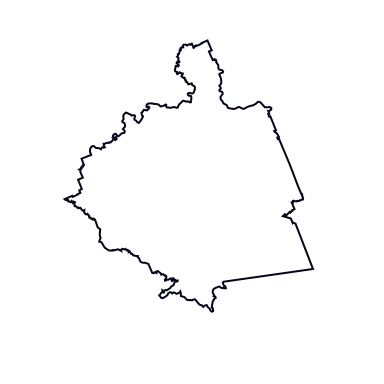 Wingecarribee, New South Wales, Australia, rotated 58°
{"feature_id": "25037944B71438306812596", "entity_name": "Wingecarribee", "entity_type": "district", "adm_level": 2, "iso_a3": "AUS", "parent_name": "Australia", "parent_adm1": "New South Wales", "projection": "mercator", "projection_center": [150.329, -34.491], "detail": "fine", "context": "isolated", "style": "outline", "palette": "ink", "viewbox_px": 384, "rotation_deg": 58, "n_neighbors": 0, "source": "geoboundaries", "source_scale": "gbopen_adm2", "svg_char_len": 6032}
<svg xmlns="http://www.w3.org/2000/svg" viewBox="0 0 384 384"><g transform="rotate(58 192 192)"><path d="M184.9,297.0L186.6,295.4L192.9,295.5L197.5,293.5L198.3,292.5L198.4,291.7L199.5,291.0L199.2,289.8L200.3,289.0L200.3,287.9L200.7,287.6L201.2,285.4L202.0,285.0L202.5,284.2L204.4,283.2L203.5,282.9L203.2,281.4L205.0,279.4L204.9,278.7L206.0,278.5L206.3,278.0L207.4,278.0L207.2,277.3L208.8,276.4L209.6,277.3L209.8,276.5L211.1,276.2L212.1,276.5L212.9,275.4L214.3,275.5L215.2,274.9L217.8,271.8L218.5,272.5L220.8,272.0L221.7,272.4L224.1,272.6L226.0,271.1L227.0,269.4L229.9,267.1L239.5,268.6L240.6,267.5L240.2,266.7L240.3,266.0L241.9,265.1L240.6,264.1L240.9,262.9L244.6,261.6L245.8,261.9L246.3,260.1L248.9,259.4L248.8,258.6L250.3,258.6L251.5,259.8L251.9,261.4L252.9,261.8L253.2,261.1L252.8,260.3L253.8,258.7L253.8,256.6L255.4,253.4L256.1,253.5L256.0,256.0L257.7,256.3L257.0,255.9L257.0,254.0L257.7,252.7L259.7,252.0L259.6,251.2L259.9,251.3L259.9,252.4L259.0,253.4L259.6,255.0L261.1,256.8L261.3,258.1L261.1,259.6L261.9,261.3L262.0,264.8L262.0,265.5L261.1,266.5L260.7,268.7L259.7,269.2L260.5,269.5L262.9,268.6L261.2,270.5L261.2,271.7L262.2,273.5L262.3,274.6L265.6,274.1L266.4,273.3L266.7,270.5L266.5,267.6L265.4,266.1L265.3,263.7L266.5,262.6L267.5,262.6L267.5,260.5L270.1,259.2L270.6,257.0L270.5,255.3L270.1,254.6L271.2,254.8L274.5,256.5L277.0,254.2L281.1,253.3L281.6,252.1L282.5,251.5L282.8,250.3L283.9,249.5L284.0,247.4L284.7,246.3L291.6,245.3L293.3,243.7L295.3,243.4L295.1,241.2L295.7,239.5L297.8,239.6L300.1,238.9L302.6,239.1L304.0,238.6L304.2,237.2L302.5,236.3L300.6,235.9L300.5,236.3L300.0,236.1L295.8,232.4L295.5,231.3L294.5,230.4L294.6,229.9L294.1,229.2L294.4,228.1L293.6,227.7L291.8,228.1L291.6,228.6L291.2,228.1L287.7,227.5L286.7,226.6L285.9,225.4L285.7,224.0L286.3,219.8L287.0,218.6L288.2,218.4L288.9,217.8L291.4,214.8L291.5,214.2L289.5,213.8L289.3,214.8L285.2,214.0L284.8,212.8L321.4,130.2L273.7,121.0L271.1,122.7L271.3,123.0L266.9,122.2L260.6,127.7L260.0,125.0L261.8,124.6L260.7,119.8L261.6,119.6L261.2,117.7L261.3,117.3L260.5,117.2L260.9,114.2L253.9,113.0L254.4,112.0L253.4,111.9L253.1,111.2L253.1,110.6L255.2,108.7L255.2,107.5L256.0,106.9L256.3,106.0L256.1,105.0L256.7,104.2L256.6,103.3L257.1,101.9L256.1,101.5L256.0,101.0L253.0,100.5L253.0,100.1L251.9,99.9L251.8,100.3L243.2,99.0L220.9,94.6L192.8,90.0L192.6,91.1L191.0,90.8L191.3,89.1L187.5,88.9L185.3,89.9L183.9,90.0L184.2,88.1L169.4,85.5L169.2,86.6L166.3,86.1L166.6,85.0L164.0,84.5L164.4,84.2L164.1,83.5L164.2,82.1L163.8,81.8L163.8,80.9L162.7,80.2L160.9,81.2L160.2,83.1L158.7,85.3L152.4,86.4L151.0,87.4L150.5,88.5L151.0,91.1L150.9,94.0L149.3,99.1L149.0,103.7L148.6,104.6L145.0,106.9L144.5,107.8L144.3,111.0L143.5,112.9L140.2,116.6L139.7,116.9L136.6,116.6L133.5,118.4L131.3,118.1L129.0,118.5L127.6,118.1L126.5,117.5L125.2,114.2L124.1,113.4L123.1,113.4L121.2,115.0L120.4,115.1L119.9,114.6L119.5,112.7L118.9,112.4L116.4,112.5L115.8,110.5L115.0,109.4L113.3,108.3L110.6,107.2L106.6,106.5L106.5,104.5L107.0,102.6L106.4,101.8L104.8,101.8L103.1,103.6L102.2,104.1L101.1,104.1L98.4,102.5L94.8,102.7L94.1,102.0L92.3,101.8L92.1,103.0L91.2,102.8L91.0,104.5L81.8,103.2L82.3,100.2L71.7,98.6L70.8,104.8L71.2,104.8L70.9,108.5L70.5,111.1L69.8,111.0L69.7,112.5L70.7,113.7L70.6,114.3L66.1,113.6L66.2,115.3L65.7,115.3L65.3,116.2L64.9,117.9L65.2,118.6L63.5,119.5L62.6,121.2L63.2,122.4L64.7,122.8L63.9,124.3L64.0,125.6L64.9,125.6L65.1,127.1L65.9,126.8L65.9,127.6L68.0,129.9L67.6,130.9L68.9,131.6L69.3,133.0L71.0,132.4L73.1,133.8L75.0,133.7L75.1,134.2L73.9,135.3L74.0,136.3L74.8,136.8L76.9,136.0L77.8,136.2L78.1,137.3L76.5,139.0L79.7,142.0L80.7,142.3L82.1,141.2L83.3,142.0L84.2,142.0L84.4,141.2L83.8,139.2L85.8,138.0L86.6,137.0L87.5,137.8L87.4,138.7L88.5,139.7L91.0,138.6L91.0,137.9L91.3,137.7L93.2,138.5L94.2,137.9L95.2,138.8L96.5,137.8L98.5,138.1L99.0,137.7L99.7,134.7L101.2,135.1L103.9,133.9L104.9,134.1L106.3,135.1L108.7,138.0L108.6,139.5L106.3,142.1L106.3,143.2L106.6,143.7L107.4,144.0L108.5,143.8L109.6,142.3L110.2,142.0L111.8,142.6L115.3,145.4L115.0,146.2L113.4,147.0L112.3,148.9L109.8,151.2L111.0,156.8L112.8,159.4L112.5,160.3L110.2,162.5L109.4,165.3L107.0,168.5L105.8,168.6L104.5,167.7L103.8,168.0L103.9,170.3L102.8,173.3L100.1,174.0L97.9,176.3L97.0,177.9L95.9,178.6L94.0,181.6L93.8,183.9L94.4,184.7L96.0,185.5L96.6,183.6L97.3,183.4L98.0,183.6L98.4,184.5L98.9,187.0L96.8,189.4L97.9,191.6L98.0,192.9L100.5,193.8L101.5,193.4L102.1,193.7L104.0,196.9L105.3,200.4L103.8,201.4L101.6,201.7L100.1,202.5L99.3,202.1L97.5,200.0L96.7,200.1L96.0,200.6L95.1,202.8L94.0,203.0L89.9,205.6L89.6,206.3L90.2,208.8L91.0,210.0L93.9,211.3L94.9,213.5L95.6,213.9L98.1,212.8L98.9,213.0L101.0,214.0L102.0,217.3L104.2,216.7L105.3,217.1L105.8,217.7L105.9,218.6L105.1,220.2L105.1,221.1L105.6,223.4L105.6,225.2L104.3,225.8L102.5,225.8L102.0,226.1L101.8,226.9L102.0,228.6L103.6,230.3L105.0,228.8L105.0,227.7L106.8,227.6L107.1,227.9L107.3,229.6L105.4,230.7L106.4,232.7L106.8,235.1L106.1,235.6L106.1,236.9L105.2,238.0L104.9,240.2L104.3,241.4L106.8,242.4L107.9,242.3L107.6,243.4L106.6,244.3L106.7,245.2L107.5,246.6L105.6,247.6L103.7,250.2L101.2,250.8L100.3,252.2L100.6,254.0L101.5,255.5L103.7,257.2L107.1,257.8L105.2,268.0L111.8,269.3L111.5,270.8L112.7,271.0L112.4,273.0L113.6,273.2L113.2,275.7L114.4,275.1L115.9,276.1L122.0,277.0L121.2,282.1L131.0,283.8L130.9,286.7L133.6,287.2L133.2,290.1L133.6,290.2L133.4,291.7L133.9,292.1L133.5,292.0L132.9,295.7L131.8,295.5L130.5,303.8L131.8,303.4L133.1,301.3L134.3,302.0L135.2,300.8L136.1,300.6L136.4,299.5L136.1,299.1L137.8,299.0L137.2,297.9L138.3,297.9L138.0,297.2L138.7,296.6L140.0,298.3L141.8,299.0L142.0,298.4L143.3,297.7L144.4,297.7L144.9,296.8L145.6,296.7L145.5,296.1L146.4,295.5L146.0,294.2L146.2,294.8L147.1,295.0L149.6,294.7L150.3,293.8L150.3,292.9L152.1,294.3L154.4,294.0L154.9,293.6L155.1,292.2L155.9,292.4L157.4,291.7L158.3,292.4L159.5,292.6L159.9,291.6L161.5,291.6L162.0,290.6L163.1,290.6L163.5,289.9L163.0,289.4L164.1,289.2L163.4,288.7L172.0,290.7L175.0,289.6L178.6,292.4L180.7,293.5L182.3,293.7L184.9,297.0Z" fill="none" stroke="#020617" stroke-width="2"/></g></svg>